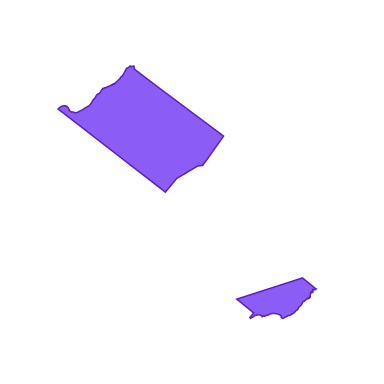 Doomadgee, Queensland, Australia (orthographic projection), rotated 125°
{"feature_id": "25037944B37268575436611", "entity_name": "Doomadgee", "entity_type": "district", "adm_level": 2, "iso_a3": "AUS", "parent_name": "Australia", "parent_adm1": "Queensland", "projection": "orthographic", "projection_center": [138.852, -17.447], "detail": "fine", "context": "isolated", "style": "filled", "palette": "violet", "viewbox_px": 384, "rotation_deg": 125, "n_neighbors": 0, "source": "geoboundaries", "source_scale": "gbopen_adm2", "svg_char_len": 4481}
<svg xmlns="http://www.w3.org/2000/svg" viewBox="0 0 384 384"><g transform="rotate(125 192 192)"><path d="M200.9,349.3L201.1,343.7L203.2,300.3L207.4,213.7L189.8,212.3L167.6,202.4L164.2,198.6L158.0,198.4L128.1,198.2L125.7,276.7L124.9,297.1L124.4,309.9L123.9,309.9L122.1,311.9L123.7,313.4L124.3,313.5L124.2,315.0L124.5,315.0L124.8,315.1L125.3,315.2L125.6,315.2L126.1,315.4L126.5,315.6L127.0,315.8L127.4,316.1L127.8,316.3L128.2,316.5L128.6,316.5L128.9,316.5L129.2,316.4L129.5,316.4L129.8,316.4L130.0,316.4L130.3,316.4L130.7,316.3L131.2,316.1L131.6,316.1L132.3,315.9L132.8,315.9L133.0,315.9L133.5,315.9L134.1,315.8L135.2,315.8L135.9,315.7L136.7,315.7L137.1,315.8L137.4,315.8L138.0,316.1L138.6,316.2L139.5,316.2L140.1,316.0L140.8,316.1L141.4,316.3L142.1,316.4L142.6,316.5L143.3,316.6L143.8,316.7L144.5,316.8L144.9,316.9L145.2,317.0L145.8,317.2L146.4,317.2L146.7,317.2L147.2,317.3L147.5,317.4L147.9,317.4L147.9,317.6L147.6,317.6L147.5,317.8L147.8,318.1L148.4,318.4L148.9,318.6L149.4,318.9L149.7,319.0L149.5,318.7L149.5,318.4L149.9,318.5L150.3,318.9L150.7,319.3L151.1,319.5L151.5,319.8L151.9,320.0L152.3,320.2L152.9,320.6L153.5,321.0L153.9,321.3L154.3,321.6L154.7,321.9L155.4,322.2L155.7,322.3L156.1,322.6L156.4,322.9L156.5,323.1L157.0,323.5L157.5,323.7L157.8,323.8L158.0,323.9L158.1,324.2L158.1,324.4L158.4,324.5L158.8,324.5L159.1,324.4L159.6,324.4L160.0,324.5L160.5,324.5L161.4,324.5L162.3,324.5L163.0,324.4L163.7,324.4L164.2,324.5L164.9,324.8L165.3,325.1L165.8,325.5L166.4,325.6L167.4,325.7L168.2,325.7L168.9,325.6L169.5,325.5L170.4,325.4L171.1,325.4L171.6,325.5L172.2,325.6L172.8,325.8L173.3,325.8L173.9,325.8L174.6,325.8L175.1,325.7L175.9,325.6L176.1,325.6L176.7,325.5L177.3,325.5L178.2,325.6L178.9,325.6L179.7,325.7L180.5,325.8L181.1,326.1L181.5,326.3L182.1,326.6L182.4,326.7L182.8,326.9L183.3,327.2L183.5,327.3L184.0,327.5L184.4,327.7L185.1,328.1L185.9,328.4L186.2,328.4L186.6,328.5L186.8,328.6L187.2,328.7L187.4,328.8L187.8,328.9L188.3,329.1L188.5,329.3L188.8,329.6L189.0,329.8L189.9,330.3L190.4,330.4L190.8,330.6L191.0,330.8L191.6,331.1L192.1,331.3L192.4,331.4L192.6,331.5L192.8,331.9L193.0,332.1L193.5,332.4L193.7,332.5L194.0,332.8L194.1,333.0L194.2,333.3L194.3,333.7L194.3,333.8L194.3,334.0L194.5,334.5L194.5,334.8L194.6,335.0L194.8,335.4L195.0,335.8L195.2,336.0L195.4,336.4L195.5,336.7L195.6,336.8L195.6,337.2L195.7,337.9L195.8,338.4L195.7,338.9L195.5,339.3L195.3,339.6L195.0,339.7L194.9,339.8L194.8,340.4L194.6,340.8L194.1,341.6L193.8,342.5L193.6,343.5L193.6,344.0L193.8,344.4L193.8,344.7L193.9,345.0L194.0,345.3L194.4,345.7L194.7,346.1L195.1,346.5L195.3,346.9L195.6,347.2L195.9,347.4L196.2,347.7L197.0,348.1L197.3,348.4L197.8,348.5L198.3,348.7L198.8,348.9L199.4,349.0L199.9,349.2L200.5,349.2L200.9,349.3ZM261.9,71.6L260.2,70.7L258.2,69.8L257.6,69.9L257.2,69.8L257.1,69.6L256.9,69.4L256.7,69.2L256.4,69.1L256.1,68.8L256.0,68.7L255.9,68.6L255.8,68.4L255.7,68.3L255.7,68.2L255.4,68.0L255.2,67.9L255.0,67.6L254.2,66.7L253.8,65.9L253.6,65.5L253.5,64.7L253.5,64.2L253.2,63.8L253.9,63.1L253.9,62.9L253.4,62.8L252.9,62.3L252.5,62.1L252.4,61.8L252.1,61.6L252.1,61.4L252.0,61.0L251.5,60.9L250.3,60.2L249.0,58.9L248.7,58.7L248.2,58.6L247.4,58.2L246.6,57.6L245.0,56.0L244.5,55.3L243.8,54.0L243.6,53.5L243.1,52.6L242.7,51.7L242.6,51.3L242.6,51.0L242.6,50.8L242.3,49.4L242.2,49.2L242.2,48.5L242.5,48.2L242.8,47.4L243.3,47.1L243.7,46.8L243.6,46.6L243.4,46.6L243.5,46.4L243.5,45.8L243.6,45.4L243.3,44.9L243.2,44.9L240.6,43.7L239.1,42.7L237.9,42.1L237.1,41.3L235.7,40.5L234.9,40.2L234.7,40.0L234.2,39.9L233.7,39.6L233.1,39.3L232.4,39.1L232.2,39.1L231.3,38.9L230.5,38.9L229.4,38.6L229.1,38.4L227.6,38.0L227.4,38.0L226.8,38.2L226.7,38.2L226.5,38.3L225.1,38.3L223.9,38.1L223.1,38.0L222.6,37.8L222.4,37.8L221.3,37.7L220.7,37.8L220.2,37.8L219.8,37.8L219.1,38.0L218.9,38.1L218.8,38.4L218.7,38.4L218.3,38.2L217.7,38.0L217.7,37.9L217.6,37.6L217.4,37.4L216.9,37.2L216.0,37.1L215.6,37.0L213.6,36.5L213.1,36.2L212.7,36.2L211.7,35.8L210.8,35.6L210.7,35.5L210.9,35.4L211.1,35.4L212.2,35.7L212.4,35.7L212.6,35.5L212.4,35.3L211.6,35.1L211.0,34.9L210.1,35.0L209.7,35.1L208.9,36.0L207.3,36.5L206.4,37.0L206.0,37.1L205.3,37.0L204.7,36.7L204.7,36.4L204.9,36.2L205.5,36.3L205.7,36.1L205.3,35.7L205.0,35.5L204.6,35.6L204.3,35.7L203.8,36.1L203.7,36.6L203.5,36.8L203.2,36.7L203.0,37.1L202.8,37.2L202.5,37.3L202.3,37.0L202.4,36.3L202.4,36.2L201.9,35.5L201.7,35.2L200.2,34.7L200.3,35.0L199.0,52.2L203.6,55.7L254.1,93.9L255.7,72.2L261.6,72.6L261.9,71.6Z" fill="#8b5cf6" stroke="#5b21b6" stroke-width="1.5"/></g></svg>